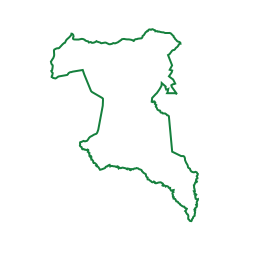 Chapadão do Sul, Mato Grosso do Sul, Brazil, rotated 350°
{"feature_id": "56859067B12319003273376", "entity_name": "Chapadão do Sul", "entity_type": "district", "adm_level": 2, "iso_a3": "BRA", "parent_name": "Brazil", "parent_adm1": "Mato Grosso do Sul", "projection": "orthographic", "projection_center": [-52.689, -19.082], "detail": "fine", "context": "isolated", "style": "outline", "palette": "green", "viewbox_px": 256, "rotation_deg": 350, "n_neighbors": 0, "source": "geoboundaries", "source_scale": "gbopen_adm2", "svg_char_len": 5844}
<svg xmlns="http://www.w3.org/2000/svg" viewBox="0 0 256 256"><g transform="rotate(350 128 128)"><path d="M173.1,230.4L174.2,230.7L174.7,230.2L174.9,229.6L175.5,228.7L176.3,228.1L176.6,227.2L177.4,226.5L178.4,226.0L178.8,224.1L179.3,223.2L179.5,222.4L179.2,221.4L179.5,220.6L179.2,219.9L179.7,219.3L180.1,219.7L180.3,218.6L181.4,218.0L182.0,217.5L182.4,216.7L181.9,216.1L181.7,215.4L182.8,214.9L182.7,213.7L182.8,212.9L183.4,212.2L183.7,211.4L184.4,210.9L184.5,210.2L183.6,210.4L182.9,209.8L182.4,209.5L182.5,208.9L182.2,208.3L182.5,207.5L182.3,206.5L183.1,206.1L183.7,205.5L183.1,204.7L182.1,204.4L182.4,203.5L181.9,201.7L182.9,201.7L182.9,199.2L182.7,198.5L182.9,197.4L182.9,195.8L183.5,195.5L184.7,193.5L185.2,193.3L186.1,193.3L186.6,192.6L185.7,192.0L186.0,191.3L186.2,190.5L186.7,189.9L187.6,189.7L187.7,188.8L187.3,187.4L188.5,186.3L188.8,185.3L188.3,184.8L188.1,183.8L187.5,183.3L186.9,182.9L185.2,183.1L183.9,182.6L182.9,181.9L182.2,180.7L181.9,178.8L180.6,177.7L180.3,177.0L180.3,176.3L180.3,175.4L180.1,174.5L179.2,172.2L178.6,169.5L178.8,167.7L178.7,167.0L178.5,166.2L178.1,165.6L177.5,165.2L175.5,164.9L167.4,159.0L170.3,123.5L169.9,122.9L169.2,122.3L168.7,122.2L168.4,121.5L167.2,120.2L164.6,119.6L164.4,118.9L162.9,118.4L162.6,117.6L162.7,116.8L162.3,116.2L161.4,116.1L160.2,115.0L159.7,112.7L159.2,112.1L159.1,111.4L159.6,110.9L159.9,110.3L158.7,109.0L159.3,107.8L158.9,106.9L158.3,107.0L158.2,106.3L157.4,106.3L156.6,106.7L155.9,106.3L157.0,102.6L161.4,99.3L162.3,98.8L165.9,95.2L168.2,92.4L168.5,91.7L169.0,89.6L172.3,93.7L171.9,94.4L172.3,96.8L173.8,96.8L174.4,96.6L173.1,99.9L172.6,100.5L174.0,100.8L180.0,101.8L180.8,102.1L182.1,103.1L178.2,95.0L178.1,93.4L179.9,92.7L181.3,92.7L182.2,92.5L180.9,88.1L178.5,85.6L177.3,84.2L180.6,80.9L181.5,79.1L179.2,77.9L182.3,74.0L180.1,63.1L181.7,62.5L184.9,59.5L185.7,59.2L187.2,59.1L188.0,58.6L188.7,57.8L189.5,57.2L190.5,56.8L192.0,55.5L192.4,54.7L193.5,54.0L194.3,54.1L194.3,53.0L193.5,52.2L191.9,51.4L191.5,51.0L190.5,49.3L189.9,48.6L189.5,47.3L188.8,46.3L188.9,45.5L188.4,44.9L186.6,42.3L185.5,41.6L184.9,41.6L181.1,40.9L179.4,39.9L178.6,39.8L176.9,39.2L175.1,38.3L174.3,38.4L173.6,37.7L171.7,37.5L171.7,36.6L170.1,35.6L169.5,35.0L168.4,35.0L167.7,35.3L166.7,34.7L165.4,34.8L164.7,35.8L163.8,35.7L163.4,36.3L162.6,36.5L161.9,36.9L159.8,39.2L158.3,40.0L158.0,41.0L157.5,41.6L156.9,42.0L153.2,41.8L152.3,42.0L150.9,41.9L149.6,42.3L149.1,43.1L148.5,43.2L148.1,42.6L146.5,41.7L144.6,41.0L141.7,40.4L139.6,39.6L138.6,39.5L137.2,39.6L136.6,40.2L135.5,40.5L134.8,41.1L133.9,41.2L133.3,41.7L131.7,42.1L129.9,42.4L128.2,41.8L126.9,42.3L124.8,42.4L123.9,42.2L121.0,40.1L120.3,39.9L116.5,39.9L115.9,39.6L115.4,39.0L112.8,37.7L112.0,37.0L111.4,37.4L109.8,37.9L108.2,38.0L107.2,37.8L106.3,36.9L105.0,36.9L104.3,37.0L103.7,35.7L102.4,35.2L101.2,34.5L100.7,33.6L99.0,32.5L97.9,32.2L94.6,32.3L90.5,31.5L89.7,31.1L89.4,30.6L89.4,29.9L90.3,28.4L90.2,26.7L89.5,25.6L88.7,25.3L88.2,26.4L87.9,26.9L86.0,28.4L83.1,30.2L82.3,30.9L80.7,33.1L79.9,33.2L78.3,34.1L74.6,36.9L73.9,37.3L73.1,37.4L72.1,37.2L71.1,37.3L69.0,38.0L68.5,38.9L68.0,43.2L67.7,44.2L66.6,46.1L65.0,47.7L64.6,48.3L63.6,49.2L63.7,51.0L64.0,52.2L64.6,52.9L64.7,53.7L64.0,56.1L63.6,56.8L63.5,57.5L63.1,58.1L62.4,58.4L62.4,59.0L63.4,60.8L63.2,61.5L62.9,62.1L62.7,62.8L62.2,63.3L61.8,63.9L61.7,64.6L62.5,65.0L62.9,65.7L63.7,66.0L65.1,66.6L65.7,66.5L68.4,65.2L77.2,65.2L78.0,64.8L78.5,64.1L79.3,63.5L80.4,63.1L81.0,63.0L81.8,63.1L83.3,62.9L93.5,63.0L94.2,67.6L98.0,85.1L98.4,85.8L98.9,86.4L108.0,94.1L108.4,94.8L108.2,96.3L107.0,101.7L98.4,124.6L98.0,125.2L97.6,126.0L96.8,127.3L96.2,127.9L95.7,128.2L93.5,128.6L92.4,129.0L91.5,129.4L89.6,130.0L88.9,130.3L87.8,131.1L86.6,132.5L85.4,133.5L84.4,133.6L83.3,133.7L82.0,133.0L79.8,133.6L78.5,133.7L78.1,134.4L78.0,136.1L77.6,136.7L77.7,137.5L78.2,138.2L78.9,138.6L79.3,140.9L79.9,141.2L80.7,141.0L81.5,141.8L82.1,141.9L82.8,142.3L83.6,142.5L84.4,142.2L85.0,142.7L84.9,143.7L84.3,144.5L85.0,145.1L85.1,145.8L85.6,146.0L85.4,146.6L85.2,148.7L86.1,148.8L86.7,149.3L86.9,150.1L86.0,150.4L86.4,151.3L86.5,152.0L86.4,152.7L87.2,152.9L87.5,153.8L88.0,154.6L87.8,155.6L88.1,156.5L88.9,156.6L89.4,156.9L90.5,158.3L90.9,159.2L90.1,159.6L90.8,160.5L91.6,160.9L92.1,161.5L93.2,164.3L95.3,164.1L98.2,163.5L98.9,163.0L99.3,162.4L100.0,162.2L100.6,162.3L101.3,161.7L102.0,161.8L102.5,161.3L103.5,161.1L103.8,162.6L104.3,162.2L105.0,162.6L106.0,162.7L106.7,163.1L108.5,163.5L109.4,164.2L110.3,164.6L110.2,164.0L111.1,163.9L111.9,164.7L111.6,165.3L111.8,166.2L112.4,165.9L113.0,165.8L113.6,166.2L114.3,166.3L115.0,166.1L115.9,166.1L119.1,167.5L119.5,168.2L120.4,168.6L120.8,167.9L123.0,168.8L122.7,169.7L123.2,170.0L123.9,169.7L124.4,169.1L125.2,169.2L126.0,169.6L127.1,169.0L128.7,169.2L129.5,168.9L130.2,169.3L130.9,169.5L131.9,170.6L132.7,170.9L133.8,171.6L134.2,172.2L134.3,173.1L135.0,173.9L135.4,174.7L137.5,176.6L137.5,178.7L138.0,179.7L138.7,180.2L138.4,180.9L138.4,182.0L139.7,182.4L140.2,183.2L140.6,183.7L141.2,184.1L142.0,185.3L142.6,185.7L143.5,185.7L144.2,185.2L145.2,186.2L145.1,186.9L145.9,187.3L147.3,187.2L148.5,187.0L150.5,187.1L151.1,187.4L152.7,188.9L152.6,189.6L152.0,190.6L152.7,191.1L153.7,190.7L154.5,191.4L154.9,192.2L155.7,191.8L156.7,192.2L157.6,193.0L157.7,193.9L158.3,194.4L159.0,194.4L158.8,195.1L159.1,195.8L159.4,196.8L159.7,197.3L160.5,197.4L161.3,197.0L162.2,197.0L162.0,197.6L161.3,198.0L161.6,199.0L160.9,199.2L160.3,200.4L160.7,201.9L160.3,202.7L160.3,203.7L161.1,204.1L160.6,205.4L162.2,206.2L162.5,207.2L162.6,208.0L162.9,208.7L163.6,208.9L164.4,209.6L164.5,210.3L165.1,211.0L165.9,211.6L165.9,212.3L167.5,214.0L168.9,215.1L169.8,215.3L170.1,216.4L171.9,217.7L171.5,218.4L169.9,219.7L170.4,220.2L170.5,221.3L171.3,223.2L171.8,223.5L172.1,224.4L172.1,225.6L171.6,227.1L171.6,228.2L172.4,229.1L172.6,229.9L173.1,230.4Z" fill="none" stroke="#15803d" stroke-width="2"/></g></svg>